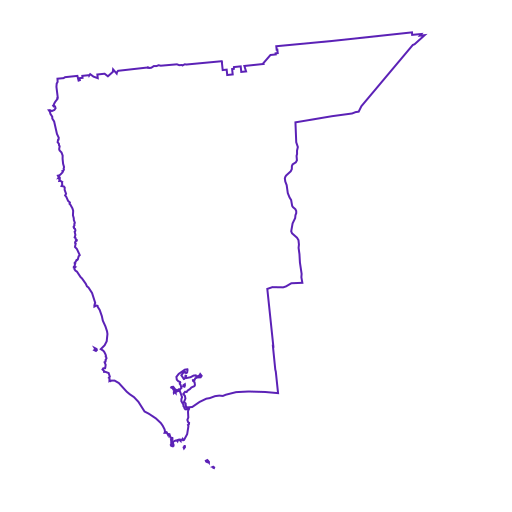 Augusta Margaret River, Western Australia, Australia (Natural Earth projection), rotated 354°
{"feature_id": "25037944B11828737752872", "entity_name": "Augusta Margaret River", "entity_type": "district", "adm_level": 2, "iso_a3": "AUS", "parent_name": "Australia", "parent_adm1": "Western Australia", "projection": "natural_earth1", "projection_center": [115.105, -34.115], "detail": "fine", "context": "isolated", "style": "outline", "palette": "violet", "viewbox_px": 512, "rotation_deg": 354, "n_neighbors": 0, "source": "geoboundaries", "source_scale": "gbopen_adm2", "svg_char_len": 5900}
<svg xmlns="http://www.w3.org/2000/svg" viewBox="0 0 512 512"><g transform="rotate(354 256 256)"><path d="M77.1,58.9L76.9,62.1L75.8,63.7L75.2,66.9L75.4,77.7L74.8,78.2L75.1,78.9L72.4,81.7L71.2,83.4L70.5,85.0L70.0,85.2L70.4,86.1L71.4,85.9L71.8,86.3L72.1,88.1L70.7,89.7L68.1,90.5L66.3,89.4L65.2,89.4L66.1,91.0L66.4,93.2L67.9,96.1L67.8,98.1L69.3,101.1L70.8,113.8L72.2,117.8L71.8,119.6L71.3,119.7L70.6,122.1L71.7,123.7L71.7,125.4L72.2,126.3L71.4,129.1L71.7,130.5L73.4,132.7L74.2,135.9L73.8,139.2L73.8,144.1L74.4,147.5L73.8,149.1L74.0,150.0L73.2,151.1L72.4,151.3L72.7,152.0L72.2,152.7L70.3,154.3L69.0,155.2L67.4,155.4L67.8,156.4L68.4,156.8L67.9,157.4L68.7,157.2L69.1,157.8L69.0,158.2L68.1,158.6L68.8,159.3L68.2,160.8L69.3,160.8L71.0,162.1L70.7,162.5L70.8,164.5L69.9,166.1L72.1,166.7L72.9,167.9L72.6,170.2L73.6,174.3L72.5,175.8L73.5,177.3L74.9,181.6L76.5,183.3L76.0,184.6L76.7,185.4L78.4,189.4L78.9,191.9L78.2,196.4L78.7,199.2L78.6,201.1L79.3,204.1L78.6,205.2L78.7,206.4L77.6,208.0L78.0,208.5L78.0,209.5L78.8,210.1L79.1,211.5L78.7,212.6L78.2,212.9L78.6,216.2L77.6,218.5L78.3,219.0L78.3,220.0L79.5,221.5L79.1,222.2L78.4,222.1L77.6,223.3L77.4,224.1L78.0,224.7L76.9,228.1L78.6,230.3L80.8,236.7L79.6,237.7L78.4,240.8L77.6,241.4L77.1,241.2L76.1,242.9L75.0,243.7L74.9,244.2L75.4,244.6L74.7,246.2L74.8,247.3L73.7,247.7L73.6,248.2L74.9,248.4L74.1,249.1L74.1,250.3L75.0,251.8L76.3,252.8L79.3,258.6L80.6,260.1L83.8,265.8L84.7,268.5L86.1,269.8L89.1,275.7L91.2,285.9L90.5,287.0L90.7,288.3L90.1,288.4L90.0,289.4L92.1,288.6L93.2,289.0L93.3,290.1L94.9,293.3L96.4,299.7L96.9,304.3L98.9,310.3L100.0,315.4L100.1,318.1L98.6,325.2L96.1,329.0L91.9,332.4L94.2,334.2L95.1,335.6L96.1,338.3L96.3,339.6L96.0,340.4L96.5,341.0L96.6,342.2L95.4,343.8L95.6,344.5L95.2,345.4L94.3,345.8L95.1,348.5L94.5,351.0L94.2,351.8L92.4,351.7L91.5,352.8L92.7,354.2L92.8,355.4L94.0,355.4L97.2,357.0L98.0,360.6L97.0,361.7L97.5,362.1L97.2,364.6L97.6,364.3L97.7,365.2L98.1,365.3L99.2,364.8L102.3,365.1L106.3,368.0L113.2,377.4L116.0,380.3L119.9,383.6L123.8,388.7L128.9,399.0L132.7,401.5L139.5,407.1L143.9,412.2L145.5,415.1L147.0,419.0L147.1,421.5L146.6,422.3L147.2,422.4L147.8,421.4L148.2,421.6L148.6,422.4L148.9,422.3L149.6,424.2L149.8,423.8L150.8,424.0L150.9,425.7L151.5,425.1L152.1,427.8L153.8,428.2L153.8,429.1L152.9,429.2L152.2,429.8L152.3,430.5L152.9,430.6L152.3,431.5L152.0,434.6L151.5,435.0L151.8,435.9L152.4,436.2L152.8,435.9L153.5,436.6L154.1,436.2L154.3,435.3L153.9,433.7L154.1,431.9L157.4,431.0L158.0,431.5L158.4,431.2L158.7,431.9L159.3,430.8L160.3,430.5L161.7,432.1L161.9,430.8L163.3,431.1L163.9,430.3L164.4,431.6L165.2,431.4L168.9,426.0L170.6,419.7L171.0,418.0L170.7,416.9L171.6,416.4L171.9,415.5L172.0,414.9L171.2,414.4L170.6,411.9L171.8,409.5L172.1,403.9L172.4,402.6L173.5,401.0L173.5,400.2L173.1,399.9L173.0,400.7L172.4,401.1L170.5,401.2L169.7,401.1L169.0,400.1L168.9,399.1L168.1,397.6L168.3,396.4L166.6,392.6L166.8,390.6L167.7,388.7L166.4,383.3L165.4,382.1L163.6,382.1L163.1,382.5L162.3,382.2L161.9,382.8L161.8,383.9L161.1,382.9L160.0,383.7L160.0,382.8L160.7,381.6L160.6,381.0L159.8,380.2L159.2,378.2L158.3,378.3L157.9,378.0L158.2,377.6L157.5,377.5L160.0,377.4L161.7,380.2L162.9,381.0L164.0,381.2L165.3,380.5L166.1,381.2L166.6,381.1L167.1,380.0L168.1,379.4L167.5,376.2L166.8,375.1L167.5,373.8L167.3,373.3L165.7,372.5L164.3,370.7L164.2,367.9L166.8,365.2L173.3,361.6L175.9,361.5L176.0,362.2L175.3,364.7L174.3,365.1L173.2,364.6L173.2,363.9L172.1,363.8L169.3,366.8L171.4,370.8L171.9,370.7L173.2,369.3L173.4,368.1L172.6,367.4L173.9,367.9L173.4,369.6L173.9,370.1L178.2,369.7L181.4,368.4L183.6,368.4L183.8,369.1L184.8,369.6L187.4,368.8L188.2,367.6L189.4,369.5L188.2,370.9L185.1,370.6L182.8,371.3L181.9,372.9L180.3,372.9L180.3,373.6L181.7,375.1L181.8,377.9L181.1,379.0L178.0,380.0L176.4,381.4L173.9,382.7L172.8,384.0L171.3,383.6L169.3,385.6L170.7,387.8L170.9,390.4L169.1,393.7L170.6,395.3L170.5,397.3L170.9,399.0L171.4,399.4L176.8,399.5L184.7,395.2L191.7,392.7L195.1,392.5L200.6,391.1L204.9,391.0L208.4,391.7L211.5,390.8L222.0,389.3L234.6,390.0L250.9,392.2L263.6,394.7L263.6,373.1L263.3,370.9L263.4,347.4L263.8,347.6L263.8,289.9L269.0,288.7L279.8,290.0L282.6,289.4L288.3,286.8L299.3,287.5L298.9,281.9L299.5,278.6L299.0,267.1L299.4,258.7L299.2,252.3L299.9,249.1L299.9,244.7L298.7,242.1L294.2,237.2L293.6,235.1L295.8,227.4L298.9,222.4L299.5,219.5L300.5,217.6L300.7,215.4L300.0,213.5L297.8,211.2L297.2,209.9L296.8,204.0L295.5,201.3L294.2,196.8L293.9,188.7L292.9,185.0L292.8,181.8L293.5,180.2L294.4,179.1L299.4,175.4L300.7,173.3L301.1,170.3L302.0,168.7L305.4,167.0L306.7,165.1L306.8,160.7L307.5,158.8L307.8,155.5L309.0,152.0L307.9,147.1L309.2,127.2L346.3,124.9L366.5,124.3L370.1,123.3L373.2,123.2L376.5,118.0L434.0,62.5L435.8,62.0L446.8,54.0L442.1,54.0L443.6,52.5L434.4,52.4L434.5,49.9L354.3,50.1L298.1,49.5L298.1,53.0L298.8,53.0L298.8,56.5L296.7,56.5L296.7,57.6L291.4,57.6L283.5,65.0L283.6,65.8L264.3,65.8L265.4,71.4L260.6,71.4L260.6,65.8L253.8,65.8L253.5,67.6L251.8,67.6L251.8,73.0L246.3,73.0L246.3,67.6L242.3,67.6L242.3,60.6L242.5,59.6L242.3,58.7L206.8,58.3L205.2,57.9L202.8,58.8L202.3,58.3L199.6,58.2L197.4,57.1L181.2,56.8L179.1,56.1L177.0,56.7L174.3,56.4L171.6,57.8L169.8,57.9L168.4,57.1L168.2,57.6L166.8,57.2L138.2,57.4L137.0,58.6L136.5,60.0L133.4,55.5L132.9,57.9L127.5,61.8L124.5,58.9L117.2,58.9L117.2,62.6L113.1,60.6L110.1,57.8L108.9,59.2L108.8,58.7L102.1,58.7L102.1,60.7L98.9,60.7L99.2,62.7L97.9,63.0L97.2,58.2L84.8,58.2L83.2,59.0L77.1,58.9ZM186.7,454.9L186.9,454.6L186.2,453.8L184.7,454.4L184.9,455.2L185.7,455.8L186.9,456.3L187.3,456.0L187.6,456.5L187.7,455.9L186.7,454.9ZM85.3,332.7L86.9,333.7L87.9,332.9L87.7,331.8L85.9,330.6L86.5,331.9L85.3,332.7ZM170.0,377.9L171.2,378.5L171.8,377.3L171.8,376.1L170.3,376.9L170.0,377.9ZM164.3,439.8L165.4,438.6L165.3,436.7L165.0,437.8L164.0,438.7L164.3,439.8ZM190.8,461.3L191.4,461.6L191.4,462.2L192.0,462.5L192.3,461.9L191.4,461.1L190.8,461.3Z" fill="none" stroke="#5b21b6" stroke-width="2"/></g></svg>